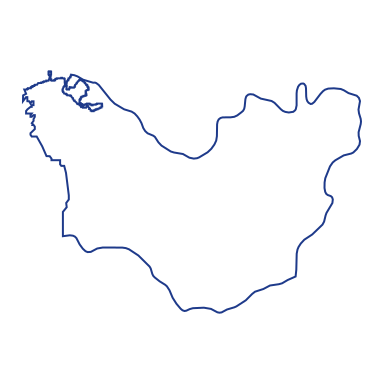 Pepillo Salcedo, Monte Cristi, Dominican Republic
{"feature_id": "3306468B50273300961313", "entity_name": "Pepillo Salcedo", "entity_type": "district", "adm_level": 2, "iso_a3": "DOM", "parent_name": "Dominican Republic", "parent_adm1": "Monte Cristi", "projection": "equal_earth", "projection_center": [-71.693, 19.654], "detail": "fine", "context": "isolated", "style": "outline", "palette": "blue", "viewbox_px": 384, "rotation_deg": 0, "n_neighbors": 0, "source": "geoboundaries", "source_scale": "gbopen_adm2", "svg_char_len": 5562}
<svg xmlns="http://www.w3.org/2000/svg" viewBox="0 0 384 384"><path d="M295.6,276.5L296.3,269.8L296.7,253.7L297.5,249.5L298.6,246.9L300.8,243.5L304.3,239.7L312.2,234.5L322.5,224.6L324.1,221.6L325.6,215.4L326.5,212.9L332.4,203.0L332.8,199.4L332.1,197.3L330.8,196.1L327.7,195.0L326.2,193.8L325.2,191.8L324.5,188.0L324.6,182.4L325.3,178.2L330.0,166.4L332.7,162.5L335.3,160.3L343.7,155.4L351.3,153.5L353.3,152.5L356.9,149.0L359.5,144.7L360.0,141.1L358.7,135.9L358.6,132.2L360.7,124.1L361.0,121.5L360.7,118.9L359.0,113.3L358.5,109.6L360.0,101.1L358.9,97.9L356.7,95.7L348.5,93.1L343.9,90.3L340.8,89.0L333.9,88.3L328.2,88.6L325.0,89.7L323.0,91.2L320.4,94.0L314.3,102.0L312.2,103.7L310.7,104.0L308.6,102.8L307.4,101.3L306.6,99.2L306.2,96.5L306.0,88.3L305.6,85.9L304.1,83.9L303.1,83.5L301.0,83.7L299.4,84.9L298.1,86.7L296.9,90.4L296.6,93.4L296.6,105.4L295.8,109.1L295.2,110.2L293.3,111.8L288.8,112.5L285.3,111.9L282.9,110.9L280.9,109.3L274.5,102.8L271.6,101.0L260.8,98.6L253.3,94.5L250.2,94.2L248.3,94.6L246.6,96.0L246.0,97.0L245.4,99.2L244.7,106.4L244.2,108.8L243.1,110.8L241.5,112.2L237.3,115.4L234.3,116.8L230.7,117.3L222.6,117.4L220.5,118.0L218.7,119.4L217.6,121.6L217.1,124.3L216.9,136.2L216.2,140.6L214.4,144.5L211.3,148.8L207.6,152.3L199.1,157.4L197.1,158.2L193.8,158.6L189.4,157.7L182.9,154.0L174.0,152.5L170.8,151.5L161.5,145.6L158.4,142.3L154.9,136.9L153.3,135.7L147.6,133.3L145.2,131.1L143.3,128.1L141.5,123.2L139.6,119.6L137.3,116.4L134.6,113.5L131.6,111.6L124.1,109.3L114.7,103.7L110.5,99.6L98.8,85.0L96.3,83.1L95.0,82.6L93.1,82.7L83.1,79.7L77.5,76.4L74.3,75.2L71.2,74.7L71.2,75.4L70.8,75.4L70.7,76.5L70.3,76.6L70.4,77.2L69.9,77.2L69.5,78.3L68.6,78.3L68.6,79.5L68.2,79.5L68.2,80.2L67.7,80.1L67.3,81.3L66.8,81.3L66.7,83.6L66.4,83.6L66.4,86.6L66.7,86.5L66.4,88.9L66.8,88.9L66.9,89.5L69.0,89.5L69.0,88.9L69.5,88.7L69.5,87.7L69.9,87.7L69.9,87.1L71.6,87.3L71.6,87.7L73.8,87.7L73.8,87.3L74.7,87.1L74.7,86.0L75.1,85.9L75.1,84.8L76.0,84.2L76.5,83.0L76.9,83.1L76.9,82.5L77.8,81.9L77.8,81.3L79.1,80.7L79.1,80.1L79.9,80.1L79.9,79.5L81.2,79.5L81.2,80.1L82.0,80.1L82.1,80.7L83.0,80.6L83.0,81.3L83.9,81.3L83.9,81.9L84.7,82.5L84.7,83.0L85.2,83.0L85.2,83.6L86.1,84.2L86.1,84.8L86.9,84.8L86.9,85.4L87.4,85.4L87.4,86.6L87.8,86.6L87.8,87.1L88.2,87.1L88.2,87.7L88.6,87.7L88.7,89.5L87.9,89.5L87.8,90.1L86.5,90.1L86.1,91.2L85.6,91.2L85.6,93.0L86.0,93.0L86.1,94.2L86.4,94.1L86.5,94.8L86.1,94.8L86.1,95.4L85.2,95.3L85.2,95.9L83.4,95.9L83.4,96.5L81.7,96.6L81.7,97.1L81.2,97.1L81.2,97.7L80.8,97.7L80.8,98.9L80.4,98.9L80.4,99.5L79.9,99.4L79.9,100.0L79.5,100.0L79.5,102.4L79.9,102.4L80.0,103.0L80.8,103.0L81.2,104.2L82.1,104.1L82.1,104.7L83.0,104.7L83.0,105.3L83.9,105.3L83.9,104.7L85.6,104.7L85.6,104.1L86.9,104.1L86.9,103.6L89.5,103.6L89.5,104.1L90.4,104.1L90.4,104.7L91.8,104.7L91.7,105.3L92.6,105.3L92.6,104.7L95.7,104.7L95.7,104.2L97.0,104.1L97.0,103.6L101.8,103.6L101.8,104.1L102.1,104.1L102.2,106.4L101.4,106.4L101.4,107.6L100.1,107.6L100.0,108.2L98.8,108.4L98.7,108.8L97.4,108.8L97.4,109.4L95.7,109.3L95.7,110.0L94.4,110.1L94.4,110.6L93.5,110.6L93.5,111.2L91.7,111.2L91.7,110.6L90.8,110.6L90.9,110.0L90.0,109.4L90.0,108.8L89.1,108.9L89.1,107.7L88.3,107.1L88.2,106.5L87.8,106.5L87.8,105.9L87.4,105.9L87.4,106.5L86.5,106.5L86.1,107.7L83.0,107.7L83.0,107.1L81.2,107.1L81.2,106.5L80.8,106.5L80.4,105.5L79.5,105.3L79.1,104.1L77.8,104.1L77.8,103.6L76.9,103.6L76.4,102.4L74.7,101.2L74.7,100.6L73.8,100.6L73.0,98.3L72.6,98.4L72.5,97.7L71.6,97.1L71.2,95.9L70.3,95.9L70.3,95.3L67.3,95.3L67.2,94.8L66.8,94.8L66.7,94.2L66.0,94.2L66.0,93.7L64.2,93.6L63.7,92.5L63.4,92.4L63.4,91.8L62.9,91.8L62.8,90.7L62.5,90.7L62.5,89.5L62.8,89.5L63.4,87.1L63.8,87.1L64.2,86.0L64.7,86.0L64.7,85.4L65.0,85.3L65.0,82.5L64.7,82.5L64.7,78.9L64.2,78.8L64.2,78.3L62.0,78.3L62.0,77.8L61.2,77.8L61.2,78.3L56.8,78.3L56.8,78.9L55.5,78.9L55.4,79.5L55.1,79.5L55.1,80.2L54.2,80.1L54.2,80.7L51.6,80.7L51.5,80.1L51.1,80.1L51.2,79.5L50.7,79.5L50.7,78.3L50.3,78.3L50.2,76.0L50.7,76.0L50.7,74.8L51.1,74.7L51.1,71.9L50.7,71.9L50.7,71.3L48.9,71.3L48.9,71.9L48.5,71.9L48.5,74.2L48.9,74.2L48.9,75.4L49.8,76.0L49.8,78.3L49.4,78.3L49.4,79.5L48.9,79.5L48.5,80.7L46.3,80.6L46.3,81.3L44.1,81.3L44.1,81.9L42.8,81.9L42.8,82.5L41.1,82.5L41.1,83.0L38.1,83.1L37.1,84.7L35.0,84.8L35.0,85.3L34.1,85.4L34.1,86.0L32.8,86.0L32.8,86.6L31.9,86.5L31.9,87.1L31.0,87.1L31.0,87.7L30.6,87.7L30.6,88.3L28.0,88.2L28.0,88.9L27.1,88.9L27.1,89.5L24.3,89.5L26.1,93.8L23.1,95.4L23.0,101.2L26.1,97.1L27.3,97.1L27.4,101.2L29.2,101.3L30.5,103.6L31.7,101.3L33.5,101.3L33.5,105.1L31.7,105.1L31.7,106.9L30.5,106.9L27.4,109.4L26.1,111.0L26.1,113.5L31.7,113.5L30.5,115.1L30.5,116.8L31.7,116.8L33.6,115.1L34.8,115.1L34.8,116.8L33.5,119.2L33.6,120.8L31.8,123.2L32.7,124.0L32.4,125.0L33.6,125.0L34.8,126.6L34.8,129.1L30.5,133.2L30.5,134.8L31.7,136.5L36.7,136.5L42.2,146.3L46.5,156.1L49.7,156.2L51.5,158.6L51.5,160.2L60.1,160.2L60.1,164.3L61.3,165.9L64.2,165.9L66.0,172.9L68.8,195.4L68.8,199.5L66.2,203.0L66.7,207.2L62.9,211.9L62.9,236.2L69.8,235.3L73.0,235.7L74.9,236.6L76.4,238.1L79.7,244.5L82.8,248.7L85.5,251.2L87.6,252.1L90.8,251.9L97.2,248.5L102.9,247.5L122.3,247.6L125.8,248.1L129.0,249.3L138.4,255.5L149.6,266.6L150.7,268.5L152.3,273.9L153.2,275.8L154.7,277.4L159.6,281.3L165.2,284.8L166.9,286.3L169.5,290.3L172.6,297.7L176.4,303.7L180.7,308.8L182.5,310.3L184.5,311.0L186.3,310.7L189.7,309.1L192.9,308.2L203.9,307.7L211.0,308.9L217.4,312.3L219.5,312.7L221.6,312.4L227.0,309.5L234.4,307.3L236.4,306.4L245.8,300.3L252.1,294.0L255.0,291.7L263.4,289.0L270.0,285.5L278.9,284.2L282.1,283.3L287.7,280.0L295.6,276.5Z" fill="none" stroke="#1e3a8a" stroke-width="2"/></svg>